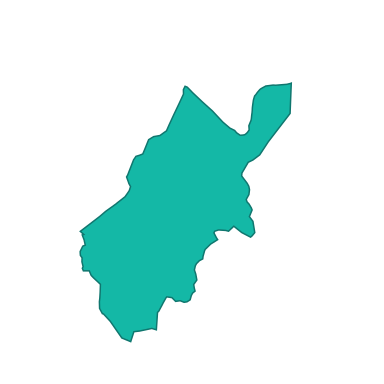 outline of Ijebu North, Ogun, Nigeria, rotated 323°
{"feature_id": "59680162B7511527862302", "entity_name": "Ijebu North", "entity_type": "district", "adm_level": 2, "iso_a3": "NGA", "parent_name": "Nigeria", "parent_adm1": "Ogun", "projection": "natural_earth1", "projection_center": [4.04, 7.021], "detail": "fine", "context": "isolated", "style": "filled", "palette": "teal", "viewbox_px": 384, "rotation_deg": 323, "n_neighbors": 0, "source": "geoboundaries", "source_scale": "gbopen_adm2", "svg_char_len": 2153}
<svg xmlns="http://www.w3.org/2000/svg" viewBox="0 0 384 384"><g transform="rotate(323 192 192)"><path d="M210.0,126.9L208.4,127.8L206.0,127.7L200.4,127.6L194.7,124.7L188.9,124.1L179.4,129.8L175.6,132.0L172.3,131.1L168.7,129.8L165.5,130.9L164.8,131.1L155.1,137.1L154.9,137.2L150.9,139.7L148.8,140.6L147.4,145.2L146.7,147.3L146.2,150.7L142.8,153.1L140.0,154.1L135.6,155.5L125.5,155.7L124.2,155.8L111.3,155.5L103.3,156.0L79.1,156.2L80.0,160.8L78.5,160.2L77.0,165.4L76.5,166.4L74.8,170.2L72.2,169.5L66.9,172.2L65.9,173.6L64.7,175.5L64.6,178.4L62.1,181.5L60.1,186.1L58.5,186.9L57.8,189.6L62.5,193.1L61.3,197.9L61.7,201.3L63.3,210.6L58.4,216.7L54.5,221.3L52.0,223.9L48.1,229.4L47.2,235.3L47.9,236.0L48.9,246.1L48.1,266.4L53.0,274.6L61.5,268.6L66.5,271.5L77.8,276.8L80.6,280.6L92.0,267.4L93.7,267.2L100.2,264.2L102.0,263.3L107.4,260.9L108.8,260.6L112.4,264.3L113.1,269.5L117.1,271.7L119.3,275.3L121.9,276.7L125.6,277.0L129.1,274.3L131.6,273.1L134.8,273.0L136.1,269.9L137.7,266.9L142.9,265.2L145.6,259.8L147.0,255.7L150.3,252.9L152.5,251.9L156.6,251.3L160.3,251.9L161.9,250.2L166.4,246.7L167.9,245.8L175.6,244.8L183.8,245.5L184.0,243.0L184.9,237.8L186.6,237.0L190.4,238.3L195.8,243.0L197.6,245.3L204.8,244.5L207.3,254.3L211.6,263.3L213.6,263.2L217.7,262.2L223.0,252.1L223.0,246.2L229.2,242.5L229.8,240.4L230.3,235.8L230.0,233.1L230.8,230.6L235.9,228.3L239.3,224.8L240.8,221.6L241.3,218.2L241.3,209.1L243.3,206.9L254.8,202.1L259.9,203.1L268.4,203.1L283.2,197.8L317.6,188.3L336.8,164.8L335.8,164.5L332.6,163.1L323.1,157.1L321.1,155.4L314.6,151.7L314.2,151.7L311.6,151.3L309.3,151.0L307.9,151.0L305.5,151.5L303.5,152.0L301.8,152.6L299.8,153.0L298.0,154.3L296.3,155.6L293.6,158.3L291.9,160.0L290.7,161.3L289.3,163.0L287.8,164.7L285.8,166.7L283.7,169.0L282.3,170.3L279.4,172.0L277.3,173.3L275.0,176.8L272.4,177.7L270.6,178.0L268.6,178.0L267.4,177.4L266.0,176.6L264.6,175.6L263.5,172.3L263.4,172.2L263.2,170.6L263.1,168.5L260.7,163.7L258.7,154.7L257.1,139.7L254.5,126.3L252.2,112.6L252.0,110.7L251.3,105.4L250.1,103.4L246.7,105.1L244.1,108.7L235.5,113.3L223.8,119.4L214.3,124.5L210.2,126.8L210.0,126.9Z" fill="#14b8a6" stroke="#0f766e" stroke-width="1.5"/></g></svg>